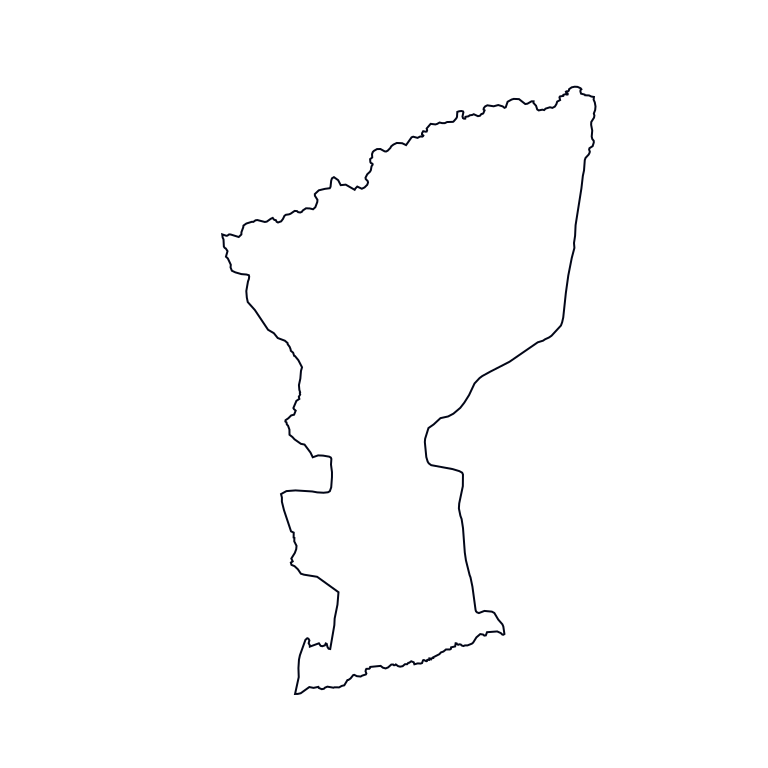 the district of Ruangwa, Lindi, United Republic of Tanzania, rotated 7°
{"feature_id": "72390352B35310074637090", "entity_name": "Ruangwa", "entity_type": "district", "adm_level": 2, "iso_a3": "TZA", "parent_name": "United Republic of Tanzania", "parent_adm1": "Lindi", "projection": "albers", "projection_center": [38.983, -10.09], "detail": "fine", "context": "isolated", "style": "outline", "palette": "ink", "viewbox_px": 768, "rotation_deg": 7, "n_neighbors": 0, "source": "geoboundaries", "source_scale": "gbopen_adm2", "svg_char_len": 6099}
<svg xmlns="http://www.w3.org/2000/svg" viewBox="0 0 768 768"><g transform="rotate(7 384 384)"><path d="M205.2,255.2L206.0,258.3L207.1,260.1L208.3,267.1L209.3,268.3L210.5,268.8L212.5,271.2L211.6,276.9L213.7,278.4L217.4,284.3L217.5,287.0L219.2,290.1L222.8,291.3L229.1,292.3L234.2,292.1L236.6,292.5L237.1,293.8L237.1,296.2L236.5,298.8L236.0,308.5L237.3,314.9L238.8,319.3L246.8,326.3L262.3,344.3L268.5,347.0L272.9,351.3L280.3,353.1L283.3,355.1L283.6,356.3L285.8,358.6L287.0,360.8L287.5,362.4L290.0,364.0L291.4,367.0L292.2,367.1L296.1,370.8L300.6,377.4L300.0,381.1L300.3,388.9L299.7,395.4L300.7,400.2L301.8,402.5L301.5,403.2L302.1,404.7L301.0,407.0L301.8,409.1L299.1,411.4L297.3,417.8L297.0,418.9L297.8,420.0L299.6,421.2L298.5,425.4L295.7,426.5L293.2,429.7L290.7,431.9L290.7,433.3L291.9,434.0L292.5,436.0L293.8,437.0L295.7,440.8L296.4,445.9L299.6,447.8L301.9,449.8L308.8,453.5L312.5,453.8L319.4,461.0L322.2,465.4L327.3,462.9L332.2,462.5L338.5,462.8L340.2,463.5L340.9,464.8L341.2,470.4L343.1,477.8L343.7,482.8L344.2,493.0L343.3,497.0L341.6,498.3L337.2,499.3L330.9,499.7L325.9,499.4L309.1,500.4L300.2,502.2L295.2,505.8L296.5,509.1L297.0,513.3L300.1,521.4L309.7,541.6L312.5,542.5L313.0,547.4L313.8,547.6L314.1,551.1L316.9,555.3L317.0,558.6L316.1,562.5L313.3,568.5L315.0,571.2L313.3,572.6L314.2,574.8L317.4,575.7L321.1,578.4L324.6,582.4L327.8,583.0L341.1,583.5L364.2,596.2L364.7,608.7L363.6,622.8L364.1,629.4L362.9,653.6L361.3,653.5L360.0,652.0L358.8,648.9L357.8,648.6L357.2,650.6L354.7,651.8L353.0,651.6L351.0,649.3L342.4,653.7L342.1,652.2L340.8,650.5L341.2,647.6L340.0,646.0L338.8,645.7L337.2,647.5L333.6,663.5L333.2,668.0L333.7,676.4L335.1,685.3L333.5,702.5L336.2,702.1L339.0,701.1L346.8,693.9L351.1,694.2L355.8,692.6L356.3,693.6L359.4,694.5L361.5,693.8L362.4,692.6L364.7,691.3L370.9,691.6L371.7,691.1L376.4,690.6L378.9,688.8L381.3,687.9L383.8,682.3L384.7,682.1L386.7,680.3L388.9,676.7L389.9,676.3L392.7,677.3L396.5,677.2L397.9,676.1L401.4,674.5L401.8,673.5L400.7,671.4L400.8,669.9L401.2,668.9L404.1,668.4L404.6,667.8L404.8,666.5L415.0,664.2L417.5,665.7L420.3,666.1L422.6,664.8L425.4,661.6L427.2,661.3L428.0,661.9L429.0,661.8L429.9,660.9L432.3,662.3L434.4,662.6L436.9,661.8L438.9,659.6L441.1,659.3L442.1,657.8L443.0,657.6L444.8,655.9L447.4,656.6L448.3,658.5L451.5,657.2L454.5,657.0L455.8,656.3L456.4,653.5L457.2,653.1L459.7,654.0L460.3,653.8L460.3,652.9L460.9,652.4L462.3,652.4L462.4,650.8L463.3,650.8L464.2,651.6L464.9,650.4L466.2,650.0L466.0,649.4L471.9,645.4L473.2,643.5L475.6,642.3L477.9,639.9L481.7,639.5L482.7,638.7L482.7,637.2L486.6,635.8L486.7,632.6L487.7,632.6L488.3,633.4L489.4,633.8L490.4,633.2L491.9,633.2L493.1,634.1L494.8,634.4L496.2,633.6L498.7,633.3L502.9,631.0L504.0,629.8L506.6,624.2L510.0,620.5L512.9,620.6L514.2,621.5L515.7,621.1L516.5,617.8L526.5,615.8L530.3,617.0L532.0,618.3L533.1,618.3L534.0,617.5L532.0,610.2L530.8,608.1L526.1,603.9L521.4,597.8L518.8,596.8L511.3,597.0L506.1,599.8L504.1,599.3L503.0,598.4L502.4,597.0L496.5,574.5L493.4,565.3L492.3,563.3L486.8,549.0L484.7,541.3L480.0,517.5L477.5,508.6L475.9,505.5L473.5,498.4L473.2,493.4L474.7,475.8L473.4,464.2L472.4,462.5L469.4,461.3L462.5,460.1L440.7,458.8L438.1,457.3L436.8,455.7L434.9,451.4L431.6,436.6L431.5,433.3L433.5,422.3L438.2,418.1L444.2,411.0L451.6,408.4L456.5,405.0L462.6,398.4L466.0,392.7L469.8,384.6L473.8,372.4L478.1,366.5L480.6,364.1L488.1,358.7L505.9,346.6L531.5,323.9L536.6,321.6L538.4,320.0L542.0,317.8L544.4,315.7L552.5,304.4L553.3,301.0L553.8,296.1L553.4,271.5L553.7,253.8L555.0,236.0L556.4,225.7L555.4,220.9L555.6,213.6L554.8,203.0L556.1,165.7L556.0,153.2L556.5,147.6L556.0,137.3L556.5,135.0L559.2,131.3L559.8,129.6L560.0,128.4L559.0,126.3L559.2,124.9L562.1,122.5L562.8,118.7L562.5,117.0L560.9,115.5L560.0,113.1L559.8,107.1L558.0,101.5L557.8,98.7L560.0,94.0L560.1,91.8L559.3,90.0L560.2,86.3L560.1,82.7L558.9,78.8L557.4,76.2L557.4,73.5L554.7,73.4L552.4,72.6L548.4,72.9L547.9,72.3L544.2,71.8L543.3,69.8L543.2,68.4L544.0,67.4L543.1,66.5L539.9,65.5L537.0,65.7L534.1,66.7L531.8,68.8L531.7,70.3L530.9,71.1L529.4,71.3L528.9,71.8L529.5,72.8L530.9,73.4L531.0,74.2L530.3,74.5L529.2,74.1L526.8,75.1L526.8,76.2L523.7,77.1L523.2,78.0L524.2,80.7L521.5,82.6L521.0,85.2L519.8,87.8L517.5,89.4L515.0,89.1L510.8,91.0L509.6,92.6L507.8,92.4L504.2,93.6L502.6,92.8L501.0,89.3L498.1,86.8L498.0,85.2L495.9,85.5L492.2,88.3L490.1,88.9L483.3,84.8L478.1,85.2L476.0,86.1L472.3,88.8L471.1,94.5L469.9,95.2L468.0,94.0L463.4,93.2L459.0,95.0L452.6,94.8L450.5,96.2L449.4,98.1L449.4,99.5L450.5,100.1L449.6,103.1L449.0,103.8L447.8,104.1L446.5,106.1L444.6,106.7L440.2,105.3L438.8,106.2L436.3,106.9L435.2,108.0L432.3,108.9L432.3,110.7L431.0,110.9L430.0,110.5L429.3,108.9L429.7,104.6L429.2,103.8L427.5,103.6L425.2,104.2L423.6,105.0L423.9,110.0L423.4,111.5L421.1,114.9L420.5,115.4L414.7,116.3L412.5,117.7L410.0,118.0L407.3,117.7L405.0,119.4L403.4,120.1L398.6,120.1L395.2,125.2L395.9,126.8L395.6,128.2L394.7,128.5L392.1,128.3L391.2,130.4L391.3,131.7L392.8,132.6L392.6,133.2L391.9,133.8L389.8,133.9L387.3,135.6L382.8,135.0L381.3,135.8L376.8,144.2L372.7,142.8L367.3,143.2L364.2,145.2L362.2,147.2L361.5,149.0L359.2,152.0L357.7,153.0L356.3,153.0L351.8,151.2L348.4,151.7L345.6,153.8L344.6,155.1L344.1,157.3L344.7,160.6L342.8,162.5L343.4,165.4L344.0,166.2L345.7,166.8L346.0,167.7L345.1,169.4L344.9,173.3L344.3,174.9L341.8,177.9L340.5,181.5L340.9,182.8L343.1,184.6L343.6,185.9L343.1,188.3L340.7,191.3L338.2,192.9L333.4,191.3L331.8,193.4L331.2,194.8L321.7,190.8L316.8,191.9L313.7,187.3L309.1,184.8L307.3,186.2L306.8,188.6L306.9,194.8L306.3,196.3L301.6,197.5L295.7,199.7L292.2,203.9L292.5,205.6L295.5,209.3L295.6,211.5L294.3,216.9L292.3,219.2L288.9,218.8L285.2,219.1L282.3,221.6L281.4,223.2L279.9,224.0L277.8,223.9L276.6,223.0L274.2,223.1L270.5,226.4L269.0,227.2L266.0,228.0L264.7,229.2L263.6,232.5L262.1,235.1L259.1,236.6L257.7,236.1L256.6,234.5L255.3,234.5L254.5,234.0L253.3,232.7L251.5,233.8L247.9,237.1L246.0,237.7L238.3,236.7L236.5,237.2L234.6,239.0L233.1,239.1L227.8,241.5L225.2,243.9L225.2,245.6L224.0,250.7L224.2,253.0L221.9,255.8L213.6,254.3L212.0,254.4L210.5,255.8L209.4,256.1L205.2,255.2Z" fill="none" stroke="#020617" stroke-width="2"/></g></svg>